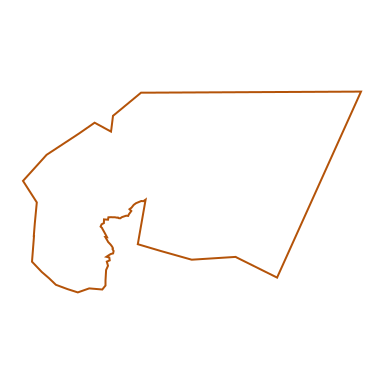 an SVG outline of Tagant
{"feature_id": "MRT-2798", "entity_name": "Tagant", "entity_type": "Region", "adm_level": 1, "iso_a3": "MRT", "parent_name": "Mauritania", "parent_adm1": "", "projection": "mercator", "projection_center": [-11.398, 18.406], "detail": "fine", "context": "isolated", "style": "outline", "palette": "amber", "viewbox_px": 384, "rotation_deg": 0, "n_neighbors": 0, "source": "natural_earth", "source_scale": "10m", "svg_char_len": 1068}
<svg xmlns="http://www.w3.org/2000/svg" viewBox="0 0 384 384"><path d="M111.0,131.6L111.4,128.8L113.0,115.8L114.4,114.7L141.0,92.7L142.6,92.7L361.0,91.6L277.3,277.1L277.1,277.6L236.3,257.3L235.7,256.9L191.7,259.7L160.8,251.0L137.8,244.2L145.6,199.6L143.4,201.2L141.3,201.0L136.0,203.2L133.7,204.9L131.5,207.7L129.5,209.2L131.3,211.0L128.8,214.4L128.2,215.9L126.2,215.7L122.0,217.1L120.2,218.3L118.5,218.1L117.9,217.5L117.1,217.7L115.1,217.3L110.5,217.2L108.4,217.3L108.0,219.7L104.0,219.4L103.9,223.1L101.6,224.3L100.6,226.6L102.1,228.0L102.4,228.8L104.2,232.0L107.0,237.2L105.3,237.1L107.6,240.9L108.0,241.8L110.7,244.7L112.1,246.6L112.8,247.9L112.9,248.5L112.5,249.0L113.6,251.0L113.1,253.4L110.8,254.0L108.5,255.4L106.4,256.8L109.3,257.5L109.7,260.4L106.8,261.6L108.0,265.8L106.1,270.0L105.5,280.6L105.5,285.5L102.3,289.5L89.2,288.4L77.8,292.4L67.5,289.1L55.9,284.8L48.9,278.1L41.8,272.0L32.0,261.7L34.0,236.1L33.8,236.1L34.8,223.4L36.8,202.4L23.0,180.9L38.3,164.0L46.6,154.8L79.2,133.4L94.6,122.7L111.0,131.6Z" fill="none" stroke="#b45309" stroke-width="2"/></svg>